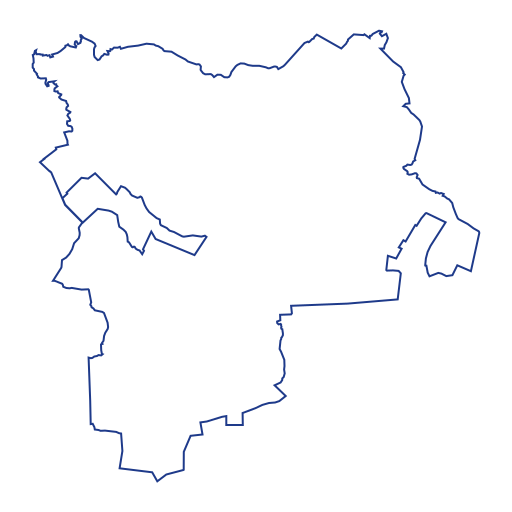 the district of Orasu Nou, Satu Mare, Romania
{"feature_id": "2599482B36409270859470", "entity_name": "Orasu Nou", "entity_type": "district", "adm_level": 2, "iso_a3": "ROU", "parent_name": "Romania", "parent_adm1": "Satu Mare", "projection": "equal_earth", "projection_center": [23.287, 47.846], "detail": "fine", "context": "isolated", "style": "outline", "palette": "blue", "viewbox_px": 512, "rotation_deg": 0, "n_neighbors": 0, "source": "geoboundaries", "source_scale": "gbopen_adm2", "svg_char_len": 5761}
<svg xmlns="http://www.w3.org/2000/svg" viewBox="0 0 512 512"><path d="M316.8,34.6L314.3,37.0L313.7,38.6L312.2,39.0L309.2,42.0L308.7,42.2L307.9,41.6L304.5,43.0L285.0,64.7L283.4,66.2L278.3,69.1L276.9,66.9L275.3,66.5L274.2,66.5L269.7,68.2L268.2,68.3L265.9,67.3L259.3,65.8L252.7,65.8L248.2,65.1L244.3,63.6L240.6,63.4L237.4,64.9L235.7,66.3L231.4,72.0L230.4,74.9L229.1,76.8L227.5,77.4L224.3,77.2L220.8,74.8L217.4,74.7L214.0,77.1L212.2,75.0L210.8,74.1L205.2,74.3L203.1,73.2L201.0,70.5L200.6,69.8L200.9,66.4L199.5,64.5L198.3,64.2L196.4,64.4L187.9,61.5L185.5,59.5L177.7,55.5L171.5,51.7L164.4,51.1L163.4,50.2L162.6,48.8L158.3,46.2L155.8,45.6L153.9,44.4L146.5,43.7L138.1,45.6L127.9,46.8L120.9,48.8L119.9,46.8L117.7,47.7L114.0,47.6L112.0,49.5L110.5,49.1L110.3,50.9L109.9,51.2L107.4,51.0L108.6,53.6L108.4,54.6L106.9,54.7L104.3,53.9L103.0,55.5L101.6,56.3L99.5,59.5L97.7,60.1L94.6,57.0L94.0,54.8L94.0,49.2L94.5,47.5L95.6,46.0L94.6,43.6L92.0,41.7L84.0,38.0L81.0,35.1L80.4,35.1L80.5,36.8L81.7,38.7L80.8,40.0L80.9,41.7L80.3,42.3L80.3,42.9L78.0,44.1L76.5,41.3L75.6,41.3L75.0,42.0L74.7,44.5L76.3,46.2L75.8,47.5L70.3,46.3L69.0,45.6L68.0,44.3L66.9,45.3L65.4,45.7L65.3,47.1L60.5,51.1L57.5,53.0L52.1,54.5L53.0,56.6L50.3,57.4L49.5,55.2L47.5,55.8L46.5,55.0L42.8,55.6L42.7,54.6L40.2,54.5L39.9,54.1L36.5,54.2L35.7,51.6L36.1,50.2L34.9,50.9L34.1,54.3L32.8,55.0L33.5,58.5L33.7,62.6L32.7,64.0L32.7,67.6L34.0,69.1L34.0,70.6L37.0,73.8L36.7,74.4L38.1,76.7L38.0,77.4L40.6,78.5L45.8,78.3L46.2,79.7L45.4,82.6L45.5,83.8L47.2,86.3L48.6,85.9L48.6,85.2L47.7,83.2L48.6,82.1L54.4,81.3L53.3,82.2L53.4,83.0L54.9,84.4L56.2,84.3L56.3,85.3L57.4,86.3L54.7,88.4L54.4,89.4L54.4,91.1L56.0,91.6L57.6,91.3L58.2,93.1L61.3,94.4L61.2,95.0L59.1,97.1L59.2,97.5L61.4,99.5L66.1,101.0L66.5,102.8L67.8,104.6L68.1,105.9L66.6,107.3L66.2,109.1L66.4,109.8L70.4,112.0L70.2,112.6L68.2,113.9L67.4,115.5L69.8,118.9L70.2,120.3L69.7,121.0L67.2,121.3L67.0,123.9L68.2,125.8L70.6,126.1L71.7,126.9L72.4,128.8L72.3,130.8L71.6,131.5L69.0,131.3L64.2,132.4L67.4,140.7L67.5,143.8L67.9,144.7L55.8,147.6L56.3,149.3L43.9,158.8L44.2,159.0L40.0,162.2L49.6,171.3L49.8,171.2L51.2,172.4L65.1,205.0L82.4,222.5L78.9,227.4L78.8,228.3L79.7,232.8L79.6,235.2L78.7,238.3L74.1,243.2L72.2,249.2L69.4,254.0L66.1,257.6L62.0,260.1L61.5,267.0L61.2,267.9L53.0,280.8L54.7,280.8L62.2,283.8L62.8,284.8L63.3,286.8L66.4,288.0L69.6,288.3L71.7,287.9L81.6,289.6L88.3,289.3L88.8,289.8L91.2,302.3L90.3,304.8L91.3,306.0L91.6,307.3L93.4,308.4L94.8,310.3L102.3,311.9L104.0,313.0L107.6,322.7L108.1,327.0L107.7,328.9L105.3,332.7L104.1,335.9L103.5,340.8L102.1,342.8L102.5,343.9L101.2,344.2L101.0,344.6L101.2,350.2L101.9,353.9L102.6,354.2L101.2,355.4L98.5,355.1L97.0,356.0L94.3,356.5L92.4,357.9L90.9,358.2L88.6,357.6L90.2,400.8L90.7,424.1L92.7,423.8L94.4,427.2L94.8,429.5L98.5,430.0L100.6,430.8L105.0,430.6L116.2,431.9L119.1,433.2L121.1,433.5L122.4,451.0L119.6,468.3L152.2,472.3L157.3,481.3L166.3,474.5L183.4,470.0L183.7,469.8L183.8,451.8L190.6,435.8L202.5,434.5L200.4,422.4L206.8,421.5L222.1,416.8L226.3,416.1L226.3,425.0L242.8,425.0L242.6,413.0L255.4,408.2L262.4,404.9L269.0,403.0L275.1,402.5L279.3,401.1L285.7,396.0L274.6,385.3L280.6,382.5L282.2,380.1L282.3,378.4L283.7,377.0L284.7,373.4L284.1,369.5L284.5,366.1L284.3,359.8L281.1,351.8L279.6,349.0L280.5,340.5L281.2,339.0L281.3,337.7L282.0,337.0L282.9,335.2L282.9,333.3L282.3,329.2L281.5,328.9L281.1,327.9L281.5,326.8L281.1,325.6L281.1,324.5L280.6,323.9L278.6,324.4L277.2,323.0L277.1,321.5L280.3,320.3L280.1,314.8L291.1,314.4L291.9,313.3L291.1,305.8L347.7,303.6L397.7,299.4L400.8,273.3L398.6,270.9L393.0,270.4L386.9,270.6L386.3,270.0L387.9,255.8L396.2,258.5L401.6,248.7L398.8,247.4L403.4,240.2L405.6,241.5L415.3,225.0L416.6,225.8L421.3,218.4L425.6,213.3L426.5,213.1L445.6,222.3L430.5,245.9L427.6,252.0L425.9,258.4L425.2,265.3L425.4,265.7L426.4,265.7L427.7,272.7L429.5,276.3L438.3,272.9L441.4,273.6L446.3,276.1L452.4,275.2L457.3,265.3L470.9,271.2L479.3,233.0L479.1,232.0L478.7,231.3L473.6,228.4L467.7,224.0L458.5,219.1L457.6,218.0L455.8,213.9L453.3,207.3L452.2,203.0L449.0,199.3L447.3,198.6L444.6,196.4L442.7,195.8L443.7,194.0L441.0,193.0L439.6,193.6L437.6,192.5L435.8,192.8L435.5,191.5L432.5,190.9L429.2,189.2L422.5,184.5L419.1,178.7L416.9,178.1L416.7,177.2L417.6,175.0L416.4,173.4L415.0,173.2L411.7,174.4L409.1,174.7L407.4,173.8L407.7,172.1L407.2,171.2L403.9,168.9L403.4,168.0L403.3,167.1L403.7,166.8L406.3,165.8L407.4,164.6L410.2,165.0L411.6,164.6L412.4,163.5L413.1,161.5L415.3,160.2L414.6,158.9L420.0,139.8L422.0,126.5L420.3,121.6L419.4,120.1L413.6,114.5L411.2,112.9L408.8,109.4L406.8,107.1L403.3,106.2L405.7,103.8L409.5,103.4L408.9,98.1L404.5,89.1L401.8,81.9L403.6,75.7L404.7,74.6L403.2,73.1L403.6,72.2L400.9,67.2L393.1,61.5L380.4,48.6L384.0,48.6L384.8,45.0L386.4,42.3L387.9,38.1L386.4,34.1L386.3,33.8L381.9,36.2L379.8,33.6L380.5,32.4L381.6,32.3L382.0,31.3L379.0,30.7L372.7,34.0L371.4,35.7L370.0,35.8L369.7,38.1L364.4,34.3L363.6,35.1L353.8,34.4L348.0,39.5L347.9,40.8L347.0,41.9L346.2,43.6L341.3,48.5L316.8,34.6ZM95.1,173.3L116.1,194.4L116.9,193.6L117.3,192.0L121.0,186.2L125.0,187.7L126.5,189.0L129.7,192.2L130.5,193.9L132.0,195.5L137.3,197.8L139.5,197.2L140.3,196.5L141.1,196.8L141.9,197.6L144.7,205.0L146.5,208.4L149.1,212.0L156.6,218.1L159.8,219.5L160.1,223.7L160.9,225.2L166.8,228.0L169.5,230.6L174.0,232.0L182.3,236.4L183.9,236.7L192.8,235.4L201.4,236.6L204.9,235.7L206.5,236.9L194.5,255.1L155.6,239.0L151.3,231.6L143.0,249.3L144.0,250.8L142.2,254.2L139.6,250.5L137.5,249.8L135.7,248.6L134.8,247.0L134.0,246.6L132.8,247.3L131.9,246.9L129.0,242.3L127.7,241.6L127.4,237.1L126.8,234.4L125.7,231.9L123.4,229.6L119.3,226.7L118.2,221.9L117.2,215.1L111.9,211.7L108.6,210.6L97.7,208.8L82.8,222.6L65.2,204.7L62.4,198.2L67.3,193.7L66.6,192.6L81.5,177.8L88.1,178.6L95.1,173.3Z" fill="none" stroke="#1e3a8a" stroke-width="2"/></svg>